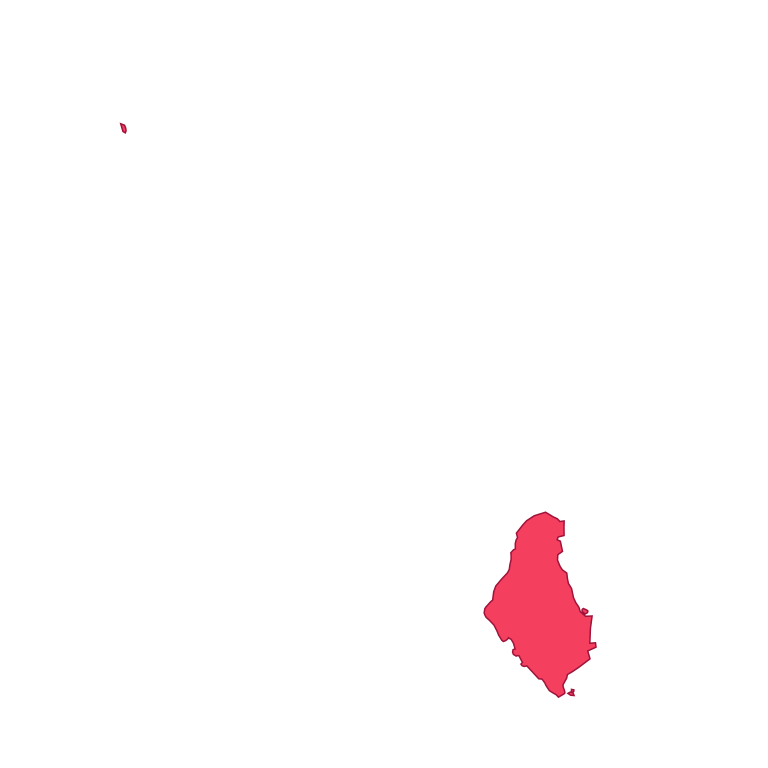 outline of Eot, Federated States of Micronesia, rotated 325°
{"feature_id": "79324940B48134733114422", "entity_name": "Eot", "entity_type": "district", "adm_level": 2, "iso_a3": "FSM", "parent_name": "Federated States of Micronesia", "parent_adm1": "", "projection": "orthographic", "projection_center": [151.739, 7.401], "detail": "fine", "context": "isolated", "style": "filled", "palette": "rose", "viewbox_px": 768, "rotation_deg": 325, "n_neighbors": 0, "source": "geoboundaries", "source_scale": "gbopen_adm2", "svg_char_len": 1727}
<svg xmlns="http://www.w3.org/2000/svg" viewBox="0 0 768 768"><g transform="rotate(325 384 384)"><path d="M337.4,675.6L335.5,677.4L334.9,679.8L335.4,680.8L336.2,682.7L337.6,683.1L338.7,684.0L337.7,691.5L335.5,692.0L335.5,693.9L336.8,695.8L339.3,696.8L341.7,714.3L344.2,716.4L344.3,721.1L343.8,723.7L343.7,725.9L343.6,730.1L345.5,734.6L346.8,737.2L347.3,740.6L353.9,741.1L355.0,740.8L355.9,738.9L356.2,737.8L356.7,736.1L357.3,734.2L358.4,732.9L364.8,729.8L367.6,727.2L373.9,727.7L381.8,727.8L395.1,727.3L397.8,719.5L406.7,721.2L408.8,717.3L403.9,714.4L413.0,702.5L421.4,693.4L415.9,689.9L414.2,682.9L415.6,678.7L415.7,672.9L416.7,667.6L420.3,659.2L420.7,653.1L422.6,648.7L425.3,643.7L423.5,638.6L423.6,634.5L425.1,627.8L428.5,623.5L434.2,623.5L438.3,613.9L436.5,610.9L438.9,609.2L444.6,611.4L449.1,604.8L453.0,599.5L449.2,597.5L448.7,593.9L446.3,589.7L442.8,581.7L431.6,578.1L422.3,577.8L416.7,579.1L406.9,582.1L405.3,586.4L402.7,587.6L400.2,589.8L396.9,594.5L394.9,594.1L391.1,595.0L389.5,597.8L387.3,600.8L383.3,604.4L380.2,607.8L376.8,609.5L368.3,611.3L359.7,613.6L354.7,617.1L349.1,623.3L346.6,623.5L339.7,625.1L337.7,625.9L334.7,629.0L334.1,631.4L333.8,633.9L334.8,637.9L335.8,644.6L334.8,651.6L333.9,655.2L333.5,661.5L334.1,663.4L336.6,664.0L339.3,663.8L340.4,663.3L340.9,664.7L341.7,666.0L341.4,670.4L339.4,676.3L337.4,675.6ZM319.9,23.2L317.6,19.8L315.0,27.4L316.1,29.9L317.9,28.7L319.2,26.2L319.9,23.2ZM416.5,682.8L415.9,684.3L416.5,686.6L416.8,687.8L419.6,688.0L420.8,686.9L420.5,685.5L418.5,682.2L417.3,682.3L416.5,682.8ZM359.9,743.2L357.2,742.9L358.0,745.1L358.5,746.1L361.0,748.2L361.8,744.9L363.2,744.6L364.1,743.4L362.4,741.7L360.8,744.0L359.9,743.2Z" fill="#f43f5e" stroke="#9f1239" stroke-width="1.5"/></g></svg>